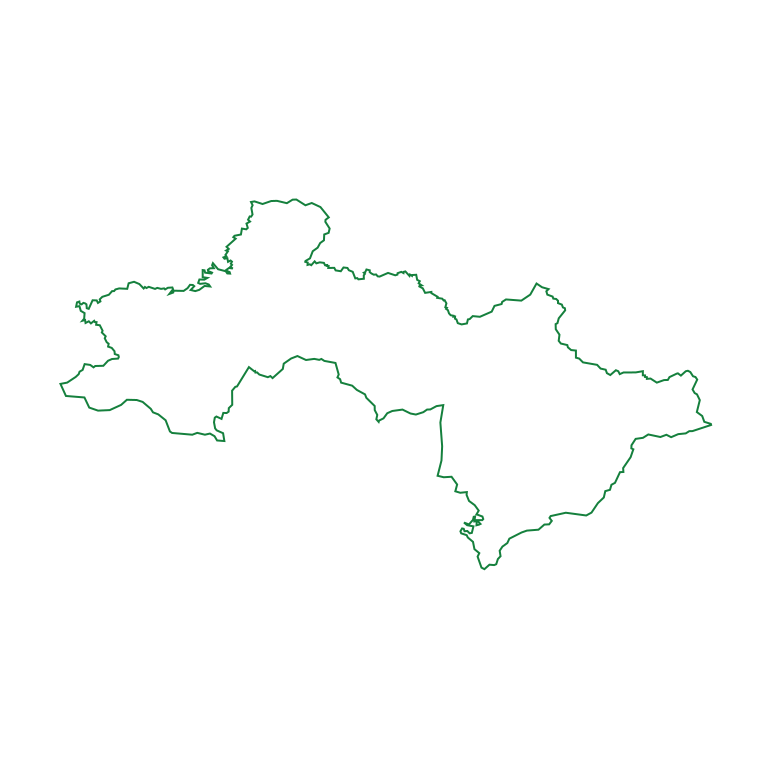 Mushindano, North-Western, Zambia (Natural Earth projection), rotated 85°
{"feature_id": "96606910B46264133370016", "entity_name": "Mushindano", "entity_type": "district", "adm_level": 2, "iso_a3": "ZMB", "parent_name": "Zambia", "parent_adm1": "North-Western", "projection": "natural_earth1", "projection_center": [26.828, -12.5], "detail": "fine", "context": "isolated", "style": "outline", "palette": "green", "viewbox_px": 768, "rotation_deg": 85, "n_neighbors": 0, "source": "geoboundaries", "source_scale": "gbopen_adm2", "svg_char_len": 6142}
<svg xmlns="http://www.w3.org/2000/svg" viewBox="0 0 768 768"><g transform="rotate(85 384 384)"><path d="M575.4,302.9L577.2,300.1L573.2,294.7L574.0,290.0L573.3,287.9L568.3,285.8L565.7,282.9L560.2,283.3L556.3,280.2L553.2,275.0L549.0,272.6L543.9,259.9L542.5,254.4L542.6,242.8L538.0,236.5L538.2,231.7L535.0,228.8L531.8,230.8L530.1,229.5L528.1,214.1L532.6,194.0L530.2,188.5L521.3,181.3L516.2,174.9L510.0,172.9L509.1,168.1L504.2,166.2L502.6,162.5L492.4,156.6L492.5,153.2L488.6,153.1L478.4,144.7L470.8,141.3L469.7,143.2L466.6,142.8L460.6,138.1L460.2,130.7L457.3,125.1L460.9,113.3L459.2,107.1L462.0,102.6L459.6,95.3L459.5,87.7L457.6,84.0L457.8,80.8L453.3,61.7L452.2,61.9L449.6,68.2L443.6,69.8L439.2,74.8L427.6,70.8L421.6,73.1L420.1,75.3L416.3,77.1L406.9,71.6L404.2,73.1L403.2,75.5L398.8,77.8L397.3,80.1L397.6,82.3L401.5,87.5L399.0,90.3L399.2,91.5L402.0,99.0L404.7,100.9L404.5,104.7L406.4,112.1L401.8,118.0L401.8,121.7L400.1,121.5L399.7,123.4L398.2,123.2L397.9,125.4L393.8,125.0L394.4,132.2L393.4,144.4L394.7,148.3L391.7,149.5L390.5,151.8L394.8,157.8L392.6,161.0L389.1,161.9L387.5,166.9L383.5,170.0L379.8,183.9L375.7,187.3L374.5,190.5L367.4,189.9L366.5,194.6L363.5,197.6L361.2,198.0L359.1,204.3L356.2,206.2L350.2,204.9L344.4,208.1L339.3,207.8L338.5,205.9L333.8,204.2L326.4,197.1L324.3,197.2L323.3,199.1L320.4,199.9L318.6,203.6L316.2,203.4L314.3,205.1L313.7,207.9L311.6,208.4L309.2,213.5L305.8,214.2L303.8,211.8L301.4,218.1L297.2,223.3L307.7,230.5L312.9,239.9L310.4,255.1L312.5,259.1L314.6,259.9L315.8,267.1L321.3,270.4L325.4,282.6L324.1,289.7L326.8,293.0L327.0,294.8L330.9,296.1L331.4,301.5L329.8,305.2L326.0,306.2L325.1,307.6L323.0,307.3L323.0,309.0L322.1,308.7L321.3,311.6L319.3,313.1L316.0,313.9L314.6,315.6L313.6,314.7L312.9,316.2L309.1,314.8L305.8,316.3L306.0,317.3L304.1,318.5L302.8,323.5L301.8,323.0L297.6,328.9L296.4,328.8L296.8,335.1L292.1,337.0L289.9,340.3L288.9,339.8L288.9,338.0L286.7,340.7L284.7,339.4L283.1,341.9L278.0,342.4L277.9,346.5L278.7,346.7L277.2,348.6L278.6,349.2L273.7,352.9L274.0,354.6L275.2,354.9L273.8,357.0L274.8,360.8L276.2,361.1L276.7,363.3L273.7,370.3L276.6,379.0L276.2,380.9L274.2,382.3L274.2,384.7L272.8,386.9L271.3,388.5L269.5,388.3L268.4,391.5L270.9,392.9L271.4,394.4L272.6,393.4L274.0,394.7L277.4,394.9L277.5,400.4L276.2,401.4L276.3,403.4L269.5,405.4L267.6,409.1L265.2,410.3L264.4,414.2L267.9,417.2L266.6,422.3L264.0,423.4L263.5,429.4L261.7,428.9L261.4,430.7L260.5,430.4L260.5,432.4L258.1,433.3L257.2,437.4L257.9,440.9L255.8,442.4L259.3,446.1L258.3,447.5L258.7,449.8L256.4,449.4L255.4,451.8L254.6,451.5L252.4,446.8L245.5,443.4L242.4,438.2L238.0,435.3L235.6,431.3L229.8,430.5L228.6,426.0L224.4,424.6L217.3,428.3L215.3,427.9L213.2,424.5L202.2,431.9L197.4,440.2L199.1,446.7L192.6,455.2L192.4,459.0L195.4,465.0L192.2,474.7L191.9,480.4L194.1,489.3L190.8,497.1L191.1,500.6L194.4,499.3L197.1,500.8L203.7,500.2L205.7,501.8L205.4,503.2L208.5,505.1L210.5,503.3L212.2,507.0L216.6,506.1L217.9,507.7L216.8,512.0L222.6,513.5L223.3,520.0L224.6,521.3L226.3,519.1L233.6,528.9L235.9,526.9L237.3,529.6L238.2,527.9L241.6,530.7L243.0,529.9L243.9,532.9L245.3,532.0L245.0,529.1L248.7,528.7L247.6,526.1L248.9,524.8L250.8,526.1L252.1,525.0L253.8,526.8L255.8,524.6L254.9,528.3L257.0,531.8L259.1,528.0L260.6,527.7L260.2,530.5L257.9,531.8L255.2,539.3L248.7,543.9L250.7,544.9L253.8,543.4L253.6,547.4L254.9,549.5L256.1,549.4L258.1,545.6L258.9,546.2L257.5,552.5L255.1,552.9L254.7,554.7L261.8,555.3L262.9,550.7L264.4,553.9L263.8,558.8L267.1,560.3L268.2,558.5L268.1,553.1L269.6,549.9L271.7,548.7L270.7,554.2L274.1,559.8L275.0,563.9L273.5,568.4L270.0,564.5L268.7,565.8L268.3,568.6L271.4,571.3L273.8,575.5L272.7,585.5L274.5,586.0L275.6,590.0L271.2,585.9L269.4,586.4L269.3,590.9L270.7,593.8L269.6,594.7L269.8,597.8L268.5,601.5L269.3,603.8L266.7,609.9L267.7,612.3L266.5,613.7L267.9,615.1L263.1,619.0L260.4,624.1L261.4,629.6L266.8,631.5L265.7,639.5L266.4,643.3L267.9,644.8L267.8,646.8L271.1,650.3L272.6,657.0L274.9,659.8L277.0,659.3L278.3,661.9L275.7,662.9L275.2,667.0L283.4,671.6L282.6,673.5L278.7,673.5L277.7,674.6L277.0,676.4L278.3,678.3L277.5,680.1L275.3,680.3L275.9,682.7L280.2,684.0L279.9,680.6L284.7,679.7L287.3,676.1L292.8,677.0L294.7,678.9L294.2,676.2L297.2,676.0L295.8,672.6L298.1,670.7L295.8,667.2L297.1,666.6L297.3,665.0L299.9,665.6L300.7,662.0L306.4,659.7L308.1,660.6L312.2,657.1L314.1,658.2L318.2,656.6L319.9,654.8L322.7,655.6L324.3,652.1L327.9,649.6L330.7,649.6L332.2,646.1L334.0,645.8L335.5,646.7L335.4,652.8L336.8,656.9L341.4,662.0L340.9,670.1L342.1,671.9L339.4,675.0L338.1,680.5L343.7,683.0L345.2,686.2L347.6,687.3L350.1,690.5L355.0,699.5L355.7,706.3L368.2,701.9L371.3,683.6L381.8,679.7L385.6,671.2L386.1,659.5L381.9,647.7L377.3,641.5L378.4,631.7L380.8,626.0L388.4,618.5L392.1,616.6L394.6,611.5L401.1,604.7L412.6,601.4L414.3,599.4L417.8,579.4L416.4,574.3L418.9,566.8L418.2,561.7L421.2,557.4L425.7,555.2L426.9,548.0L419.0,548.6L415.6,554.7L413.5,556.1L407.3,556.7L402.8,555.5L401.8,553.8L404.6,548.9L398.8,546.6L399.2,543.3L398.0,541.2L394.5,540.7L391.5,537.0L377.4,535.9L373.9,532.4L373.6,530.6L355.4,517.1L360.0,512.2L359.8,511.3L361.4,511.1L361.4,509.4L363.7,507.4L367.1,499.1L366.2,496.5L368.4,494.5L360.2,483.5L355.0,482.1L350.5,474.3L348.6,467.8L353.3,459.6L352.9,451.3L354.3,446.4L353.6,444.2L355.8,441.4L358.8,430.5L370.6,428.3L373.4,429.8L375.4,427.3L378.9,426.6L382.9,415.8L387.5,411.6L392.7,403.8L396.2,402.8L405.1,395.2L409.2,395.5L414.2,393.4L418.5,394.7L421.3,392.6L420.0,392.1L418.2,387.5L413.4,383.3L411.6,378.1L411.1,367.8L415.7,360.2L417.2,354.9L415.5,347.3L413.2,343.3L413.4,340.1L410.6,333.6L410.2,326.8L427.3,331.2L451.1,331.5L465.2,333.4L480.1,338.6L482.1,332.6L482.3,324.8L490.5,319.9L497.1,322.3L499.0,317.5L498.9,310.9L501.7,311.4L507.9,309.5L512.6,304.2L518.4,300.7L521.9,303.2L524.6,297.5L527.2,296.9L528.2,298.0L527.7,303.4L531.8,300.1L532.4,301.7L532.8,304.2L528.9,303.5L528.8,306.0L523.9,304.8L524.1,306.2L527.1,307.2L531.3,311.6L529.0,316.4L531.9,313.5L533.6,307.3L540.0,309.5L540.2,311.7L537.7,313.8L537.7,316.6L535.2,317.2L534.7,318.8L537.4,320.7L539.5,320.1L541.8,314.8L544.2,313.9L549.0,309.1L556.4,308.3L560.8,303.8L564.1,305.8L575.4,302.9Z" fill="none" stroke="#15803d" stroke-width="2"/></g></svg>